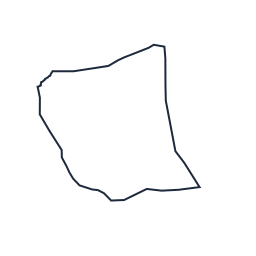 Ceel, Govi-Altay, Mongolia (Mercator projection), rotated 239°
{"feature_id": "93677404B88307122789623", "entity_name": "Ceel", "entity_type": "district", "adm_level": 2, "iso_a3": "MNG", "parent_name": "Mongolia", "parent_adm1": "Govi-Altay", "projection": "mercator", "projection_center": [96.016, 45.422], "detail": "fine", "context": "isolated", "style": "outline", "palette": "slate", "viewbox_px": 256, "rotation_deg": 239, "n_neighbors": 0, "source": "geoboundaries", "source_scale": "gbopen_adm2", "svg_char_len": 1063}
<svg xmlns="http://www.w3.org/2000/svg" viewBox="0 0 256 256"><g transform="rotate(239 128 128)"><path d="M179.0,201.1L186.1,192.9L186.1,187.1L190.5,161.1L191.2,154.2L191.3,143.2L204.7,110.5L215.5,92.6L215.2,92.1L214.8,91.1L214.1,89.8L213.9,89.3L213.6,88.9L213.1,88.6L212.9,88.2L212.9,87.8L213.1,87.2L213.1,86.5L212.9,86.1L212.6,85.4L212.6,85.1L212.7,84.7L212.8,84.3L212.8,84.0L212.7,83.6L212.6,83.0L212.8,82.4L212.8,82.2L212.5,81.9L212.3,81.6L212.1,81.1L212.0,80.7L212.1,80.2L212.2,79.9L212.0,79.6L211.8,79.3L211.7,79.0L211.7,78.6L211.9,78.1L212.0,77.6L212.0,77.1L211.5,76.8L211.1,76.5L210.7,76.0L210.5,75.6L210.3,75.6L210.1,75.5L209.6,75.5L209.4,75.1L209.4,74.5L209.4,74.0L209.6,73.4L209.6,72.8L209.8,72.3L209.8,72.0L209.5,71.8L209.6,71.7L199.4,68.1L185.1,59.4L166.1,59.2L143.3,59.8L136.8,56.1L126.6,55.6L120.1,54.9L112.8,54.9L103.8,56.9L93.7,65.7L90.3,70.2L84.5,73.8L74.5,76.2L68.3,87.5L66.1,112.7L57.0,124.5L49.0,139.5L40.5,158.9L69.0,158.3L83.7,156.7L132.0,174.5L145.8,182.4L168.5,195.9L179.0,201.1Z" fill="none" stroke="#1e293b" stroke-width="2"/></g></svg>